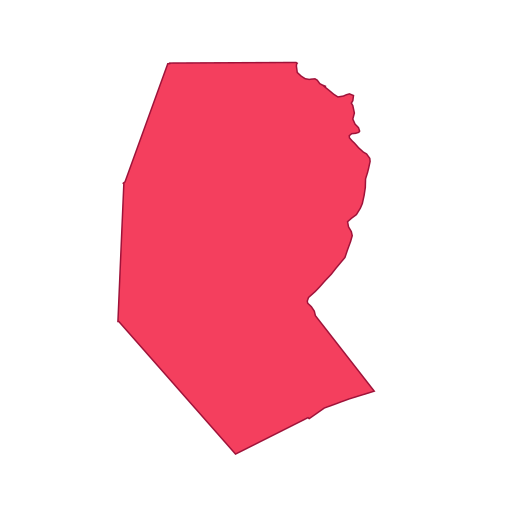 the district of Trou Cochon/Marc, Castries, Saint Lucia, rotated 13°
{"feature_id": "8701671B11660104738059", "entity_name": "Trou Cochon/Marc", "entity_type": "district", "adm_level": 2, "iso_a3": "LCA", "parent_name": "Saint Lucia", "parent_adm1": "Castries", "projection": "albers", "projection_center": [-60.959, 13.942], "detail": "fine", "context": "isolated", "style": "filled", "palette": "rose", "viewbox_px": 512, "rotation_deg": 13, "n_neighbors": 0, "source": "geoboundaries", "source_scale": "gbopen_adm2", "svg_char_len": 1301}
<svg xmlns="http://www.w3.org/2000/svg" viewBox="0 0 512 512"><g transform="rotate(13 256 256)"><path d="M401.6,361.1L327.3,300.8L325.2,296.6L321.4,293.0L317.0,290.4L316.1,288.4L316.5,284.6L321.8,277.1L325.0,271.7L329.0,264.3L333.5,256.7L336.5,250.2L340.4,242.5L343.0,237.4L343.8,229.3L344.9,220.5L345.2,214.6L343.4,210.8L339.6,206.8L337.5,202.0L340.5,197.8L344.5,193.1L346.9,186.0L347.8,181.0L347.7,172.5L347.1,164.6L346.4,161.2L345.4,156.2L345.9,149.7L346.0,145.2L345.9,138.2L344.9,135.3L340.8,131.7L337.2,130.6L331.5,127.4L326.6,123.9L323.7,122.2L320.5,119.9L319.8,117.8L321.7,115.3L325.4,114.1L328.3,112.4L328.9,111.0L327.0,107.9L322.8,105.2L319.5,100.8L319.7,94.6L316.5,87.7L314.5,85.6L315.4,82.9L314.9,77.7L310.6,77.0L307.7,78.6L305.2,80.5L300.0,82.6L295.3,80.9L289.8,78.1L286.3,76.4L284.5,75.5L286.1,75.1L281.9,74.4L279.3,73.7L279.0,73.4L276.1,70.9L273.6,70.1L270.2,71.2L268.1,72.0L264.0,72.2L259.6,70.6L254.9,67.9L253.4,63.9L252.6,61.8L252.4,59.8L252.8,58.9L252.4,58.8L251.5,58.4L128.6,87.4L128.7,87.9L126.8,88.5L117.0,169.5L111.7,213.2L110.4,214.8L110.9,214.9L136.2,350.9L137.2,350.8L280.6,453.6L343.0,401.8L343.6,402.1L344.4,402.5L356.8,388.7L367.8,381.6L372.1,378.7L373.1,378.1L378.9,374.3L386.8,369.7L398.7,362.8L401.6,361.1Z" fill="#f43f5e" stroke="#9f1239" stroke-width="1.5"/></g></svg>